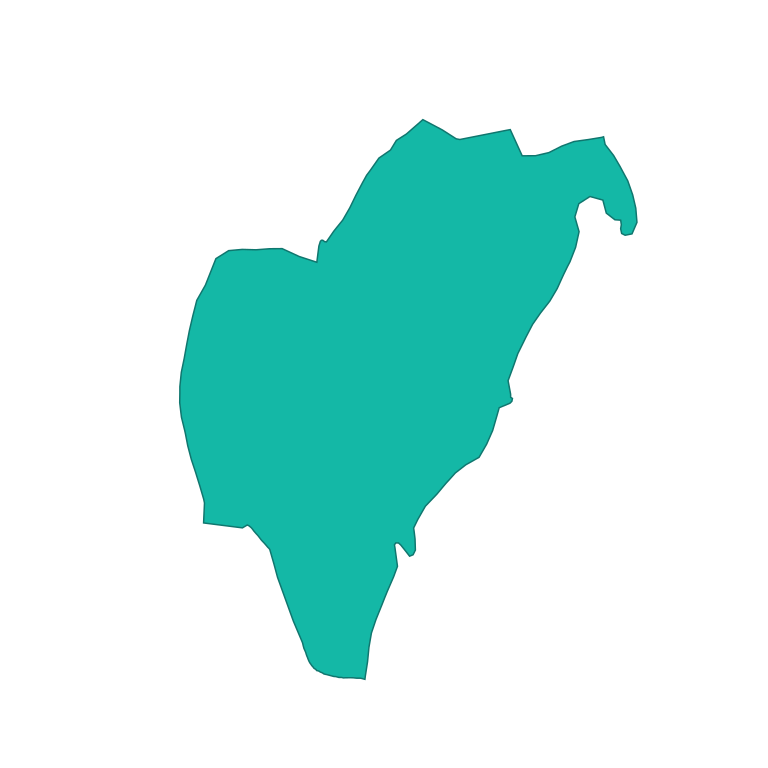 the district of Aflah Ash Sham, Hajjah, Yemen, rotated 195°
{"feature_id": "15242507B83432581375198", "entity_name": "Aflah Ash Sham", "entity_type": "district", "adm_level": 2, "iso_a3": "YEM", "parent_name": "Yemen", "parent_adm1": "Hajjah", "projection": "robinson", "projection_center": [43.41, 16.053], "detail": "fine", "context": "isolated", "style": "filled", "palette": "teal", "viewbox_px": 768, "rotation_deg": 195, "n_neighbors": 0, "source": "geoboundaries", "source_scale": "gbopen_adm2", "svg_char_len": 2573}
<svg xmlns="http://www.w3.org/2000/svg" viewBox="0 0 768 768"><g transform="rotate(195 384 384)"><path d="M522.3,203.1L483.5,208.4L479.6,212.4L477.8,212.1L475.1,210.9L473.5,209.8L471.8,208.4L468.7,206.3L466.9,205.2L464.1,203.1L462.2,201.6L460.8,200.7L458.8,199.5L456.1,197.7L454.1,196.3L452.5,195.4L451.5,194.6L443.8,181.8L436.8,169.7L410.1,131.4L396.2,113.6L395.4,112.4L394.3,110.3L392.9,107.9L391.2,105.8L390.1,104.4L389.2,102.9L388.2,101.4L387.0,99.9L386.2,98.7L384.8,96.9L383.4,95.4L382.0,94.3L380.9,93.3L379.6,92.5L377.9,91.2L376.0,90.7L374.9,89.8L373.0,89.9L371.0,89.3L368.6,89.0L367.2,88.4L365.6,88.4L364.2,88.5L362.5,88.5L361.2,88.5L359.0,88.5L356.8,88.5L354.9,88.9L353.3,88.9L351.6,88.9L348.9,89.6L347.2,89.6L345.1,90.3L340.7,91.5L338.0,92.2L336.0,92.5L334.2,92.8L330.9,93.7L329.2,93.8L326.0,93.8L326.5,97.5L328.0,111.4L330.4,125.8L331.6,139.1L331.7,140.2L330.8,154.4L328.8,170.7L328.0,177.8L327.1,184.9L324.8,200.3L323.8,211.4L331.1,228.8L332.3,231.4L331.4,233.6L328.8,234.2L326.1,232.8L322.0,229.8L314.7,224.3L311.7,226.6L310.7,231.7L313.9,242.3L316.5,248.8L318.1,252.6L316.3,261.9L312.4,276.7L304.4,291.3L300.1,300.6L298.5,304.0L295.9,309.0L292.1,316.5L284.1,327.1L273.2,337.8L269.3,352.4L267.0,367.2L266.7,382.9L266.6,390.9L257.3,398.1L256.0,400.4L256.2,403.3L258.2,403.9L259.1,407.0L265.0,419.3L263.8,432.3L263.4,437.2L262.6,448.0L260.4,459.0L259.0,466.1L255.9,480.1L251.2,493.1L245.3,507.0L241.4,521.0L239.6,531.9L238.8,536.6L237.2,544.8L236.0,550.2L234.3,565.6L235.0,581.6L242.9,594.8L242.5,608.6L233.6,618.4L220.2,618.3L213.5,606.6L203.5,602.4L197.8,603.5L196.0,599.3L195.6,595.2L193.4,590.9L189.6,590.1L183.3,593.2L181.5,605.6L186.3,619.0L192.7,631.0L201.1,643.3L210.8,653.6L212.3,655.2L221.3,664.1L232.4,672.6L235.9,679.6L237.7,678.5L249.9,673.0L263.2,667.4L274.0,659.7L284.6,650.2L296.8,643.7L306.2,641.1L309.6,640.2L327.9,662.4L332.7,660.1L374.0,639.8L377.7,639.5L393.4,644.5L414.9,649.4L427.1,631.2L435.1,622.5L438.3,611.6L447.4,600.9L452.5,586.9L454.8,581.2L456.4,574.7L456.7,573.6L460.0,559.0L462.6,545.5L466.3,531.6L470.1,523.1L472.1,518.5L476.4,506.4L478.1,506.1L480.4,507.0L481.7,506.6L482.4,505.3L482.6,500.4L480.4,484.2L498.9,485.2L517.4,488.4L527.5,485.6L529.9,484.9L542.4,480.5L555.8,477.3L568.6,472.6L578.8,461.6L582.1,433.3L586.5,416.3L586.4,410.4L586.3,400.4L585.8,385.2L584.8,371.1L583.6,356.9L582.8,342.8L580.5,328.7L578.9,322.7L576.5,313.1L571.1,299.6L564.4,287.4L562.9,284.5L557.6,273.6L550.6,261.3L543.1,249.9L540.6,245.9L535.6,238.0L528.3,226.0L526.6,222.6L522.3,203.1Z" fill="#14b8a6" stroke="#0f766e" stroke-width="1.5"/></g></svg>